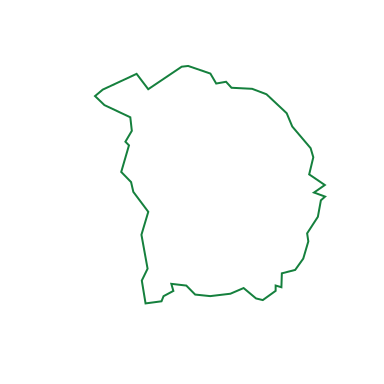 outline of Zajas, Zajas, North Macedonia, rotated 26°
{"feature_id": "65306769B7192425425597", "entity_name": "Zajas", "entity_type": "district", "adm_level": 2, "iso_a3": "MKD", "parent_name": "North Macedonia", "parent_adm1": "Zajas", "projection": "albers", "projection_center": [20.901, 41.603], "detail": "fine", "context": "isolated", "style": "outline", "palette": "green", "viewbox_px": 384, "rotation_deg": 26, "n_neighbors": 0, "source": "geoboundaries", "source_scale": "gbopen_adm2", "svg_char_len": 811}
<svg xmlns="http://www.w3.org/2000/svg" viewBox="0 0 384 384"><g transform="rotate(26 192 192)"><path d="M199.1,312.5L212.5,303.6L212.1,298.1L218.6,289.1L213.7,283.6L227.9,278.6L239.8,282.8L254.0,277.6L271.1,266.6L280.5,255.7L296.2,259.6L303.0,258.1L310.5,244.2L308.2,239.4L314.1,238.4L308.4,225.7L318.9,216.8L321.2,203.1L318.2,185.4L313.6,178.7L316.0,159.1L311.5,143.0L313.6,137.8L301.9,139.0L308.3,127.5L289.6,124.8L285.8,107.6L279.4,100.6L253.4,89.2L242.6,79.7L216.1,71.5L200.8,72.9L181.8,81.0L174.3,78.0L166.2,83.9L156.6,77.5L133.3,80.4L127.8,83.9L107.6,118.8L90.4,110.1L66.9,139.1L62.8,148.3L75.2,152.3L103.8,151.9L111.1,163.4L110.1,176.0L114.9,177.7L119.6,205.0L132.9,209.8L139.2,217.6L161.4,229.0L165.3,252.6L185.7,280.4L185.7,293.6L199.1,312.5Z" fill="none" stroke="#15803d" stroke-width="2"/></g></svg>